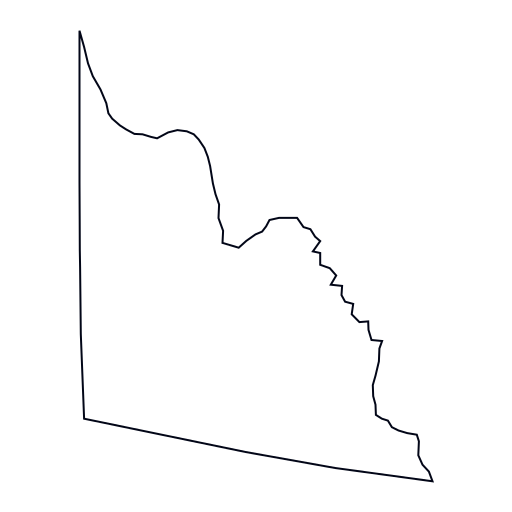 Sulina, Paraná, Brazil
{"feature_id": "56859067B24150266218253", "entity_name": "Sulina", "entity_type": "district", "adm_level": 2, "iso_a3": "BRA", "parent_name": "Brazil", "parent_adm1": "Paraná", "projection": "mercator", "projection_center": [-52.696, -25.669], "detail": "fine", "context": "isolated", "style": "outline", "palette": "ink", "viewbox_px": 512, "rotation_deg": 0, "n_neighbors": 0, "source": "geoboundaries", "source_scale": "gbopen_adm2", "svg_char_len": 1108}
<svg xmlns="http://www.w3.org/2000/svg" viewBox="0 0 512 512"><path d="M335.1,468.0L432.5,481.3L428.9,471.6L422.5,464.7L418.3,455.3L418.9,441.3L416.8,434.7L407.2,433.1L398.5,430.5L391.9,427.2L387.9,420.6L381.9,418.7L375.9,414.9L375.5,404.7L373.2,396.2L372.8,385.1L375.5,375.7L378.9,361.4L379.4,348.5L382.1,341.0L371.5,340.0L368.5,329.9L368.2,321.4L359.4,322.1L351.7,314.3L353.2,303.9L345.1,301.7L341.5,295.1L342.1,285.9L330.8,284.7L336.2,275.5L329.8,268.2L320.2,264.8L320.2,253.0L312.9,251.4L320.2,241.1L315.1,236.7L310.4,229.2L303.5,227.1L297.1,217.9L278.9,217.9L269.5,220.0L266.1,226.4L262.1,231.6L255.5,234.4L246.4,240.8L238.7,247.7L222.5,242.9L223.1,230.8L218.5,218.1L219.1,204.5L215.5,194.2L212.9,183.4L210.1,166.0L207.8,156.8L204.4,148.0L198.7,139.5L193.8,134.3L186.8,131.3L177.4,130.1L168.2,132.4L157.1,138.3L151.0,136.9L142.5,134.3L134.4,133.9L126.1,129.4L119.9,125.4L112.2,118.7L108.4,113.3L106.3,103.2L100.5,89.5L92.8,76.2L88.0,63.3L84.1,47.0L79.5,30.7L79.5,182.3L79.7,223.3L79.8,250.0L80.1,267.4L80.8,334.0L84.1,418.7L245.5,452.0L335.1,468.0Z" fill="none" stroke="#020617" stroke-width="2"/></svg>